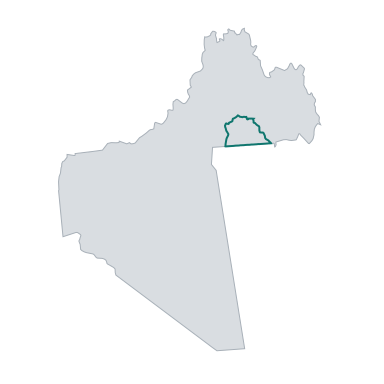 Nara, Koulikoro, Mali shown in context, rotated 176°
{"feature_id": "8926073B7074311745372", "entity_name": "Nara", "entity_type": "district", "adm_level": 2, "iso_a3": "MLI", "parent_name": "Mali", "parent_adm1": "Koulikoro", "projection": "equal_earth", "projection_center": [-7.752, 14.805], "detail": "fine", "context": "in_parent", "style": "outline", "palette": "teal", "viewbox_px": 384, "rotation_deg": 176, "n_neighbors": 0, "source": "geoboundaries", "source_scale": "gbopen_adm2", "svg_char_len": 5145}
<svg xmlns="http://www.w3.org/2000/svg" viewBox="0 0 384 384"><g transform="rotate(176 192 192)"><path d="M73.1,302.5L73.2,300.9L72.1,299.7L72.1,299.2L72.7,294.4L72.7,293.2L73.1,290.8L72.4,289.7L72.3,288.9L70.6,285.8L70.1,283.2L69.2,281.4L67.2,280.9L66.5,282.4L66.0,282.6L65.3,281.5L65.0,280.6L65.0,279.8L62.4,275.7L62.6,273.5L63.6,272.3L64.0,270.4L63.0,268.2L63.2,266.1L63.1,263.2L61.6,260.6L60.6,259.5L59.7,257.7L60.4,253.6L59.0,250.1L61.8,251.5L63.1,250.2L64.5,248.4L65.6,246.0L66.1,243.1L66.3,240.6L67.5,236.7L68.8,234.8L71.6,232.1L72.4,232.3L77.0,238.1L79.6,241.1L80.5,242.6L81.4,242.6L82.7,239.8L84.1,237.3L84.6,236.7L89.2,236.4L91.7,236.9L93.8,237.6L96.8,237.8L104.8,236.0L104.9,234.8L104.8,233.4L105.2,232.4L105.8,231.4L106.4,231.2L106.6,234.5L107.3,235.0L109.2,235.1L168.4,235.1L170.7,218.1L166.4,211.9L150.4,32.0L178.2,31.9L183.0,35.9L273.7,114.4L274.2,117.0L274.1,120.5L274.9,121.6L276.2,122.7L281.3,126.1L281.8,126.7L282.0,128.1L282.6,129.9L283.7,130.9L285.0,131.6L286.5,132.1L291.2,132.7L292.2,133.5L294.3,136.6L295.4,137.2L301.6,138.9L303.7,139.8L305.9,141.2L307.1,142.5L307.2,147.4L308.2,150.6L308.1,151.4L307.2,152.7L307.0,153.7L305.9,156.2L306.1,157.2L308.4,159.1L309.4,159.7L310.7,159.7L323.8,156.4L325.0,202.6L324.6,203.4L324.4,211.6L323.5,216.5L321.9,220.0L320.9,225.4L320.3,226.4L319.9,229.5L318.9,231.3L317.2,232.0L314.2,235.4L314.0,238.2L306.8,236.6L306.3,236.7L306.0,237.0L305.9,238.5L287.5,239.4L278.4,240.0L272.8,246.3L269.1,246.9L264.5,246.4L262.1,246.4L261.2,246.7L261.0,247.8L253.7,244.6L250.9,245.6L250.5,245.3L250.1,244.6L248.8,244.2L246.7,244.4L245.2,244.9L240.6,249.8L238.1,251.1L233.4,254.1L230.2,256.6L229.0,257.1L227.2,257.2L225.7,257.7L224.4,263.4L223.5,264.0L217.9,261.7L216.8,262.1L215.8,262.7L212.7,266.1L211.2,268.8L210.4,272.3L210.6,274.7L210.0,275.4L208.6,275.6L206.0,274.8L205.2,275.1L204.9,276.9L204.9,280.8L204.4,283.4L202.8,284.2L201.7,285.2L200.7,285.5L200.0,285.3L195.4,281.3L193.9,280.7L192.2,281.2L190.6,282.8L187.7,286.9L188.0,288.4L188.9,290.0L189.4,292.1L189.4,294.0L185.3,296.7L186.3,298.6L186.2,304.0L184.3,306.4L183.6,308.0L181.8,309.7L180.2,310.7L175.2,312.1L173.2,313.8L172.3,315.1L172.0,316.6L172.2,318.3L173.2,321.8L172.9,325.0L172.1,328.8L171.3,330.4L169.0,332.3L169.4,334.8L169.6,338.3L169.2,342.8L168.5,345.9L168.0,345.6L165.7,345.7L163.3,346.7L162.4,347.4L162.3,348.5L160.2,350.9L158.9,350.8L157.6,350.1L156.9,349.5L156.8,349.1L157.6,347.1L157.6,346.4L156.8,343.0L157.0,342.1L156.7,339.5L156.5,339.3L153.8,340.5L153.7,341.0L154.1,342.7L153.8,342.9L152.9,342.9L151.5,342.3L150.1,340.8L149.7,341.3L149.6,342.5L149.5,344.0L149.8,346.6L149.5,347.5L147.2,347.4L145.3,347.7L144.8,348.6L144.6,349.7L145.0,350.9L145.0,351.3L144.2,352.1L143.8,352.0L142.7,350.7L138.5,349.5L138.2,347.7L137.7,347.7L136.3,345.6L135.8,345.6L135.3,346.0L133.7,345.8L132.2,347.7L131.2,350.0L130.0,351.1L128.3,351.6L128.6,350.2L128.0,348.1L124.4,345.6L123.8,344.5L122.9,338.8L122.9,337.1L123.2,335.5L123.1,334.4L122.7,333.5L121.6,332.6L120.4,332.2L119.0,333.3L118.3,333.6L117.6,333.5L117.3,333.1L117.3,332.5L118.9,329.4L119.7,328.1L121.2,326.6L121.6,325.8L121.7,325.2L121.5,324.8L120.5,324.2L118.9,322.8L118.0,322.6L117.3,322.0L116.6,319.7L116.2,319.3L115.5,319.1L114.8,318.5L114.8,313.1L113.3,309.0L111.9,303.8L111.2,302.6L110.0,301.5L108.4,300.8L107.0,300.6L105.5,301.2L105.5,301.7L106.4,303.4L106.5,304.3L106.4,305.2L106.1,305.8L104.0,306.4L101.2,308.2L100.3,310.4L99.6,310.7L98.6,310.4L91.2,306.7L88.1,308.3L86.0,311.6L85.6,312.7L84.6,313.6L84.1,313.6L83.5,313.0L81.4,308.0L80.5,306.9L79.3,306.8L78.3,307.6L77.3,309.3L76.0,310.8L75.1,311.3L74.4,311.0L71.4,307.7L71.2,307.0L72.6,303.1L73.1,302.5Z" fill="#d9dde1" stroke="#a8b0b8" stroke-width="1"/><path d="M125.5,260.8L127.6,261.1L129.7,261.2L131.1,261.3L131.1,260.7L131.7,260.6L132.1,261.0L132.6,263.1L133.7,263.1L134.9,263.4L135.8,263.3L136.4,263.1L137.9,263.5L138.9,263.7L139.5,264.2L140.3,264.9L140.9,265.2L142.5,263.8L144.6,262.7L146.1,262.2L146.3,261.8L146.8,259.9L147.4,259.5L150.2,258.5L150.6,257.5L151.1,257.3L153.1,258.0L153.6,257.6L153.9,256.8L154.4,256.1L154.4,254.6L154.0,253.4L153.5,250.7L152.7,249.3L151.7,247.2L152.0,246.0L153.5,243.5L154.0,242.3L155.1,237.8L155.5,235.2L155.2,235.1L154.2,235.1L152.6,235.1L150.7,235.1L149.4,235.1L148.9,235.1L148.4,235.1L148.0,235.1L147.1,235.1L145.8,235.2L144.3,235.2L142.6,235.1L142.4,235.1L141.6,235.1L140.8,235.2L140.0,235.2L139.7,235.2L137.4,235.1L134.8,235.2L133.6,235.2L131.4,235.1L129.3,235.2L128.2,235.1L127.9,235.1L126.5,235.1L125.5,235.1L124.8,235.1L124.0,235.1L122.6,235.2L121.8,235.1L119.9,235.1L119.4,235.1L118.5,235.1L118.4,235.1L117.2,235.1L116.5,235.1L115.8,235.1L114.6,235.1L113.4,235.1L112.9,235.1L112.3,235.2L112.0,235.1L111.4,235.1L110.4,235.1L110.1,235.1L109.8,235.1L110.1,235.7L110.9,236.5L111.0,236.7L111.7,237.4L112.2,238.1L114.5,239.6L114.7,240.0L115.2,240.7L115.3,241.2L115.4,242.9L116.5,245.8L117.2,246.4L118.9,246.5L120.0,246.8L120.2,247.2L120.5,248.7L120.4,250.5L120.3,251.8L120.6,252.9L122.3,254.1L123.3,255.1L124.3,256.4L125.5,256.8L125.7,257.1L125.7,257.8L125.6,258.3L125.8,259.6L126.0,260.0L126.0,260.3L125.5,260.8Z" fill="none" stroke="#0f766e" stroke-width="2"/></g></svg>